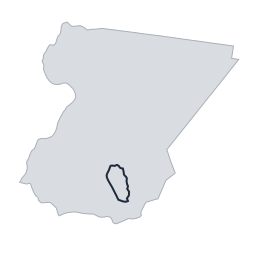 where Wadi al Hayaa sits in Libya, rotated 279°
{"feature_id": "LBY-5488", "entity_name": "Wadi al Hayaa", "entity_type": "Municipality", "adm_level": 1, "iso_a3": "LBY", "parent_name": "Libya", "parent_adm1": "", "projection": "robinson", "projection_center": [12.828, 26.42], "detail": "fine", "context": "in_parent", "style": "outline", "palette": "slate", "viewbox_px": 256, "rotation_deg": 279, "n_neighbors": 0, "source": "natural_earth", "source_scale": "10m", "svg_char_len": 3506}
<svg xmlns="http://www.w3.org/2000/svg" viewBox="0 0 256 256"><g transform="rotate(279 128 128)"><path d="M33.1,71.9L34.6,71.2L36.7,70.3L37.7,69.7L38.2,69.1L39.8,66.9L40.6,65.6L41.7,64.0L42.2,62.8L42.2,61.7L42.0,60.4L41.2,57.2L40.5,54.2L41.1,53.0L41.5,52.4L42.5,51.0L42.9,50.7L45.0,50.2L45.8,49.3L46.4,48.1L46.6,47.4L47.5,46.8L48.6,46.1L49.2,45.3L51.4,43.9L53.4,42.7L55.7,41.4L57.5,40.5L57.9,39.6L57.8,38.9L56.9,37.2L56.9,35.2L57.0,33.5L57.1,32.5L57.5,29.8L57.5,29.4L59.4,30.3L61.3,30.7L66.9,34.1L68.7,34.5L72.6,34.9L77.3,33.5L79.0,33.2L82.1,34.5L83.4,34.9L85.7,35.0L89.6,36.2L90.6,36.6L92.8,38.5L93.9,39.1L102.0,40.8L103.1,41.9L104.2,44.1L104.3,46.8L104.9,48.8L105.9,51.4L107.2,53.2L108.5,54.7L110.1,55.6L113.6,57.0L117.6,57.6L121.6,57.7L128.6,59.7L134.4,61.9L135.9,63.0L138.9,64.0L144.8,69.3L148.1,71.1L150.4,71.4L152.4,71.1L156.0,69.3L157.5,68.2L161.1,63.7L162.2,61.4L162.7,59.7L162.5,58.0L162.0,56.5L161.0,54.9L160.2,52.8L159.7,49.1L160.2,46.4L160.9,44.9L161.9,43.3L164.9,40.2L167.9,38.1L173.1,35.2L176.2,35.2L177.5,34.9L180.0,32.9L181.1,32.8L182.5,33.3L186.7,33.2L188.6,33.7L190.8,35.0L193.6,35.8L195.6,36.5L197.8,37.5L198.3,40.0L198.1,40.7L198.1,41.6L200.3,43.3L206.5,44.1L207.8,44.6L209.5,45.9L210.6,46.3L214.9,46.5L217.4,46.2L219.7,46.7L220.6,47.1L221.6,48.1L222.7,50.6L223.2,51.4L222.8,51.8L222.1,52.7L221.7,53.4L220.7,54.7L219.8,56.0L219.9,58.0L220.2,60.0L220.9,61.9L221.5,64.1L221.4,65.5L221.0,67.2L220.5,68.7L218.8,71.6L218.5,72.3L218.7,73.3L219.9,76.9L220.0,78.0L220.8,81.4L221.5,84.2L222.2,86.4L222.4,87.0L222.4,90.3L222.5,93.5L222.6,96.7L222.7,100.0L222.8,103.2L222.9,106.5L223.0,109.7L223.1,112.9L223.2,116.2L223.3,119.4L223.4,122.6L223.4,125.9L223.5,129.1L223.6,132.3L223.7,135.6L223.8,138.8L223.9,142.1L224.0,145.3L224.1,148.5L224.1,151.8L224.2,155.0L224.3,158.2L224.3,161.5L224.4,164.7L224.4,167.9L224.5,171.2L224.6,174.4L224.6,177.6L224.7,180.9L224.8,184.1L224.8,187.4L224.9,190.6L225.0,197.8L225.2,205.0L225.3,212.1L225.5,219.3L225.4,219.3L222.2,219.4L219.1,219.4L216.0,219.4L213.0,219.4L213.0,221.2L213.0,223.0L213.0,224.8L213.1,226.6L207.0,223.2L201.0,219.8L194.9,216.4L188.9,213.0L182.9,209.6L176.8,206.2L170.8,202.7L164.8,199.3L158.8,195.9L152.8,192.5L146.8,189.1L140.8,185.7L134.8,182.3L128.8,178.9L122.8,175.5L116.9,172.1L112.7,169.7L108.3,172.0L104.8,173.8L100.3,176.2L95.0,179.3L91.0,181.6L90.8,181.6L90.6,181.5L86.4,177.5L83.1,174.4L81.6,173.5L75.5,171.9L69.3,170.3L62.8,168.7L61.7,166.1L60.3,163.3L58.6,159.7L57.5,157.5L57.1,157.2L52.2,155.5L47.0,153.8L43.9,154.8L43.4,154.7L42.5,154.1L41.6,153.2L41.2,152.0L40.0,150.3L38.8,146.6L38.8,143.6L38.5,142.5L35.8,138.3L33.4,134.5L31.8,131.9L31.5,130.8L31.7,129.4L32.3,128.1L34.7,126.6L36.9,124.9L37.2,123.8L37.4,120.7L36.7,119.7L36.2,117.8L35.7,115.3L35.6,113.7L36.6,110.5L37.7,107.2L37.0,103.4L36.6,96.0L36.9,90.1L36.7,88.0L36.5,87.1L35.8,84.3L34.9,81.5L34.5,80.5L33.4,78.2L31.5,75.3L30.5,73.6L31.9,72.7L33.1,71.9Z" fill="#d9dde1" stroke="#a8b0b8" stroke-width="1"/><path d="M87.7,116.6L88.2,117.2L88.5,118.7L88.4,120.5L89.0,121.6L89.6,122.4L89.8,123.2L89.0,124.9L87.6,126.2L87.1,127.9L87.2,129.3L83.9,130.6L81.6,131.2L80.7,132.0L79.5,133.7L78.2,134.7L75.2,134.9L73.2,135.6L72.0,136.1L71.0,136.9L69.5,137.1L67.8,136.7L66.5,137.9L65.3,139.0L63.8,139.2L61.5,139.4L60.5,139.0L58.3,137.9L55.9,139.4L55.1,138.1L54.7,136.5L54.8,133.7L55.3,131.6L55.6,129.8L57.2,128.6L60.1,126.6L63.4,124.2L67.1,121.5L70.4,118.8L72.9,116.8L75.8,114.9L78.0,114.3L79.9,114.6L83.3,115.7L87.7,116.6Z" fill="none" stroke="#1e293b" stroke-width="2"/></g></svg>